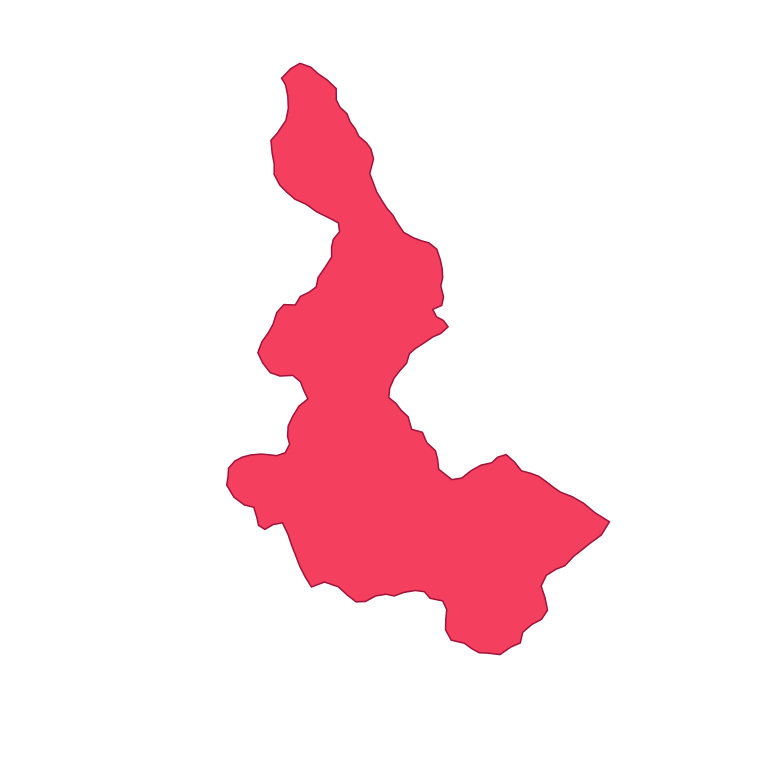 Itanhandu, Minas Gerais, Brazil, rotated 218°
{"feature_id": "56859067B19026376287302", "entity_name": "Itanhandu", "entity_type": "district", "adm_level": 2, "iso_a3": "BRA", "parent_name": "Brazil", "parent_adm1": "Minas Gerais", "projection": "mercator", "projection_center": [-44.912, -22.329], "detail": "fine", "context": "isolated", "style": "filled", "palette": "rose", "viewbox_px": 768, "rotation_deg": 218, "n_neighbors": 0, "source": "geoboundaries", "source_scale": "gbopen_adm2", "svg_char_len": 2367}
<svg xmlns="http://www.w3.org/2000/svg" viewBox="0 0 768 768"><g transform="rotate(218 384 384)"><path d="M445.7,207.5L432.5,202.4L419.5,202.7L410.8,206.7L402.2,200.7L395.8,195.3L388.4,196.1L384.9,204.9L378.6,212.1L367.2,206.5L357.7,200.2L347.1,193.9L338.1,188.5L327.2,183.4L316.2,179.4L309.0,191.3L295.0,196.1L283.2,195.1L271.9,195.1L264.7,201.2L260.1,211.8L252.9,219.7L245.5,223.2L240.0,232.1L232.1,240.6L224.3,245.2L215.7,243.5L204.2,249.2L195.7,244.9L190.9,237.3L184.2,228.2L173.3,223.5L161.1,229.2L151.6,229.5L143.5,230.8L137.2,235.4L126.0,242.2L122.2,254.6L117.2,263.9L121.8,273.6L119.5,285.5L115.0,295.6L115.9,306.4L125.0,314.3L135.8,321.6L138.3,333.2L134.5,343.8L129.6,352.2L128.5,364.9L125.7,376.3L123.4,386.1L119.8,398.8L121.5,414.2L129.3,413.4L138.7,412.4L153.1,412.9L166.1,411.1L178.4,407.4L187.1,406.9L196.0,406.9L205.0,406.6L213.3,404.0L222.3,400.2L233.0,402.8L244.3,403.6L249.4,396.3L250.6,388.2L257.6,379.8L262.1,369.1L264.8,357.8L271.7,350.4L280.9,350.5L288.4,350.5L295.3,357.6L302.5,363.1L314.2,364.1L324.0,369.6L334.3,365.3L344.8,373.0L354.6,373.9L362.4,376.0L371.9,376.3L377.0,384.4L379.7,395.0L379.7,404.8L379.0,414.2L382.6,423.5L381.2,431.1L378.2,439.7L374.4,451.4L370.4,458.7L368.7,468.5L376.2,470.6L384.0,469.3L391.5,472.8L386.9,481.5L390.7,489.3L399.5,496.1L403.3,504.0L408.9,510.5L416.0,516.5L425.3,522.7L435.6,522.9L442.9,519.8L450.9,517.3L461.9,515.6L472.7,519.1L480.7,522.4L489.4,524.1L498.0,527.0L508.1,530.9L516.5,536.0L524.8,541.1L530.9,555.0L538.8,561.0L546.3,563.3L556.1,563.6L563.9,567.4L571.9,569.6L579.7,574.2L589.2,575.0L596.5,578.5L603.6,587.4L616.1,588.6L626.8,587.9L636.9,588.6L647.6,585.0L651.6,575.2L653.0,562.0L645.6,559.0L637.1,551.7L629.1,542.3L623.6,531.3L622.5,516.1L623.1,506.4L614.1,496.9L606.0,489.8L599.6,481.5L588.7,476.6L578.5,475.3L567.9,474.8L556.1,477.7L543.1,478.2L530.1,480.9L519.1,482.9L512.8,476.6L513.0,466.8L509.5,459.5L503.5,451.9L502.3,440.0L501.5,427.3L497.2,418.8L499.5,410.4L503.8,401.5L502.6,391.6L511.8,384.9L512.5,374.4L508.1,362.3L506.7,353.0L506.2,342.1L502.7,331.0L492.5,325.9L480.7,322.9L470.9,326.2L461.1,334.7L451.2,334.3L442.9,329.4L434.8,325.4L437.4,314.3L436.0,302.1L433.6,291.8L427.8,283.4L421.3,278.4L419.5,269.0L424.5,261.4L431.6,257.1L437.9,253.0L445.4,246.0L450.6,239.2L454.1,231.6L454.7,221.9L450.1,215.4L445.7,207.5Z" fill="#f43f5e" stroke="#9f1239" stroke-width="1.5"/></g></svg>